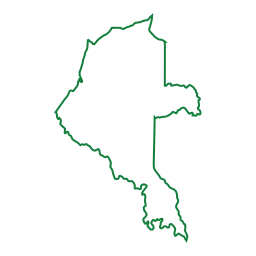 Vaupés, Equal Earth projection
{"feature_id": "COL-1426", "entity_name": "Vaupés", "entity_type": "Commissiary", "adm_level": 1, "iso_a3": "COL", "parent_name": "Colombia", "parent_adm1": "", "projection": "equal_earth", "projection_center": [-70.34, 0.431], "detail": "fine", "context": "isolated", "style": "outline", "palette": "green", "viewbox_px": 256, "rotation_deg": 0, "n_neighbors": 0, "source": "natural_earth", "source_scale": "10m", "svg_char_len": 5819}
<svg xmlns="http://www.w3.org/2000/svg" viewBox="0 0 256 256"><path d="M165.3,41.9L164.6,41.9L164.9,44.5L164.8,85.6L165.9,85.8L168.0,83.9L169.3,83.5L169.9,83.5L170.5,83.7L171.0,84.0L171.1,85.5L171.6,85.7L176.4,84.7L177.6,84.8L179.7,85.8L180.2,85.9L181.9,85.8L183.5,85.5L184.0,85.6L184.4,85.9L184.6,86.2L184.8,86.5L185.0,86.8L186.0,87.6L186.5,87.7L188.9,85.4L189.7,85.1L190.5,85.3L193.0,87.0L193.7,87.7L194.5,89.1L195.4,89.9L195.8,90.4L195.9,91.0L196.0,91.8L196.1,92.5L197.2,93.4L196.9,95.8L197.7,96.9L198.9,97.5L199.5,98.0L199.8,98.5L199.8,99.4L199.4,99.8L198.9,99.9L198.6,100.1L198.5,101.5L199.0,104.5L199.0,106.1L198.7,106.8L198.2,107.3L197.8,107.9L198.0,108.8L198.4,109.3L199.4,110.0L199.8,110.5L200.4,112.0L200.5,113.2L200.2,114.1L199.3,114.5L198.8,114.4L197.9,113.9L197.4,113.9L197.0,114.3L196.5,115.3L196.1,115.6L195.3,115.7L193.5,115.3L192.6,115.4L192.8,113.5L192.3,112.8L191.4,112.8L190.3,113.2L189.3,113.8L189.0,113.6L185.4,108.8L184.5,108.0L183.5,107.6L182.2,107.8L181.2,108.4L179.6,109.8L178.7,110.0L177.7,110.6L177.2,112.0L176.4,113.2L174.8,112.7L173.4,111.9L172.7,112.0L170.7,114.0L169.0,115.2L167.1,116.1L165.1,116.7L161.6,117.0L160.7,117.3L159.7,117.6L158.5,117.2L157.4,117.3L156.3,117.9L155.4,118.3L154.7,117.4L153.8,160.4L153.7,165.5L154.0,167.9L154.5,169.3L156.5,172.3L159.0,175.4L160.2,177.7L160.7,178.3L161.6,178.8L163.6,179.4L164.5,180.1L164.8,180.7L165.3,182.2L165.6,182.9L166.1,183.4L167.3,184.1L167.8,184.6L169.3,186.8L170.1,187.6L174.1,189.6L174.9,190.2L175.8,191.2L176.4,192.4L176.8,193.8L177.0,195.3L177.1,197.3L177.2,198.0L177.4,198.6L177.8,199.1L178.0,199.7L178.2,200.5L177.9,202.1L176.3,205.3L176.0,206.5L176.5,208.1L178.4,211.0L178.8,211.9L178.6,213.7L178.7,214.3L179.2,215.3L179.5,215.7L179.9,215.9L180.2,216.3L180.5,217.0L180.6,217.8L180.5,218.5L180.4,219.1L180.8,220.1L181.2,220.5L182.3,221.1L182.7,221.5L183.8,223.7L184.1,224.0L184.6,224.1L184.9,224.3L185.1,224.6L185.3,225.1L185.1,225.2L185.4,227.8L185.3,228.5L185.0,229.9L185.0,230.7L186.9,234.8L187.4,236.8L186.3,240.6L184.7,238.0L184.4,237.1L184.1,236.6L183.6,236.3L183.4,236.2L182.7,236.1L179.2,233.8L178.4,233.6L175.8,235.7L175.3,235.8L174.9,235.3L174.5,234.1L174.4,232.8L174.6,231.6L175.0,230.6L175.2,229.4L174.9,228.2L174.3,227.2L172.3,224.7L171.6,224.2L170.8,224.0L170.0,224.3L169.6,225.0L169.2,226.8L168.7,227.5L167.6,227.5L165.4,226.2L164.1,226.3L163.4,226.9L162.6,227.7L161.8,228.3L160.8,228.2L160.0,227.4L160.0,226.5L160.7,224.4L160.7,223.9L160.7,223.0L160.8,222.6L161.1,222.1L161.7,221.4L161.9,221.1L162.3,220.2L162.5,219.4L162.2,218.8L161.1,218.9L160.3,219.3L159.6,219.9L158.8,220.2L157.3,219.1L156.8,219.6L156.3,220.4L155.7,220.9L155.4,220.9L155.2,220.9L154.8,220.7L153.8,220.0L153.2,220.0L152.4,220.6L151.2,222.8L151.9,224.3L153.2,225.7L153.7,227.5L153.3,228.7L152.4,229.5L151.4,229.7L150.4,229.3L148.0,226.7L147.6,226.1L147.6,225.2L148.3,223.4L148.4,222.4L148.1,221.5L147.4,221.9L146.2,223.5L145.2,223.7L144.4,222.7L143.7,221.3L143.4,220.0L143.5,218.9L144.1,218.1L145.6,216.8L146.7,214.5L145.7,212.4L144.1,210.2L143.7,207.8L144.2,206.9L145.0,206.3L145.6,205.6L145.7,204.6L145.2,202.5L145.0,201.4L145.0,200.2L145.3,197.6L145.3,196.2L145.1,195.1L144.3,194.2L143.5,194.3L142.7,194.6L142.2,194.6L142.1,193.1L143.1,191.2L146.3,187.2L146.7,186.4L146.5,185.6L145.4,184.8L144.3,184.4L143.3,184.4L142.4,184.7L141.4,185.5L140.9,186.3L141.0,188.1L140.6,188.9L139.7,189.1L137.1,188.3L134.9,188.5L134.7,187.9L134.8,186.8L134.8,185.7L134.5,184.5L133.9,183.2L133.1,182.1L132.3,181.3L131.5,181.1L129.0,181.3L128.2,180.9L127.2,179.3L126.5,178.7L126.0,178.7L124.8,179.0L124.3,178.9L123.7,178.6L122.3,177.0L121.4,176.4L120.3,175.9L119.3,176.0L118.8,177.2L118.6,178.2L118.0,178.8L117.2,179.0L115.4,178.9L114.9,178.7L114.7,178.1L113.4,174.6L112.3,170.1L110.4,166.9L110.3,166.1L110.6,165.3L110.8,164.1L110.8,162.9L110.6,161.8L110.2,160.8L108.7,157.9L108.1,157.0L107.5,156.5L106.8,156.5L105.8,157.1L105.2,157.2L104.3,156.9L102.4,155.6L101.4,155.2L100.3,154.5L99.8,153.4L99.4,150.6L98.6,149.2L97.6,149.3L95.5,150.5L94.7,150.6L93.9,150.4L93.1,150.1L92.3,149.6L89.6,146.1L87.9,145.3L86.7,144.3L86.2,144.1L84.6,144.7L84.1,144.8L83.6,144.7L82.8,144.3L82.3,144.3L81.5,144.6L80.9,145.0L80.3,145.1L77.8,142.8L72.8,139.6L72.2,138.7L71.2,136.3L70.6,135.7L69.4,135.2L68.8,134.3L68.5,133.1L67.9,131.9L67.2,131.7L65.6,133.1L64.9,133.1L64.6,132.2L64.8,131.1L65.0,129.9L65.1,128.9L64.0,127.6L62.0,126.0L60.4,124.2L60.4,122.7L60.9,121.7L60.9,120.7L60.6,119.6L60.1,118.7L59.2,117.9L58.8,118.2L58.7,118.8L58.3,119.0L57.5,118.2L57.1,117.0L56.8,114.3L56.3,112.8L55.5,112.3L64.9,99.0L66.4,97.4L67.9,95.2L68.3,94.3L68.7,93.1L69.4,91.5L70.1,90.8L71.0,90.5L71.8,90.7L72.5,91.0L73.0,91.1L73.6,90.8L75.8,87.7L76.8,86.7L77.3,85.7L77.9,84.1L78.0,83.4L77.9,82.7L78.0,82.0L78.2,81.4L78.5,81.1L79.3,81.2L79.4,80.8L79.3,80.1L79.3,79.1L79.6,78.8L80.0,78.7L80.2,79.0L80.3,79.5L80.4,80.4L80.5,81.1L80.9,81.8L81.5,82.1L82.0,81.8L82.2,81.2L81.9,80.4L81.5,79.6L81.1,78.7L80.5,77.3L80.3,76.7L79.6,75.0L79.7,74.1L79.6,72.6L79.7,71.9L79.7,71.3L80.2,70.8L82.5,63.4L82.9,61.5L83.1,59.8L83.7,58.3L84.8,55.0L85.2,52.7L85.6,51.6L87.0,49.2L87.3,47.8L87.5,45.9L87.8,40.2L88.5,40.0L90.0,41.5L91.7,42.3L92.7,43.8L93.2,44.0L94.1,44.2L95.0,43.4L96.0,42.3L96.9,41.0L99.3,38.6L103.4,35.7L106.0,34.4L107.7,33.2L108.9,32.1L111.0,29.4L111.7,27.9L112.1,27.7L112.5,27.7L112.9,27.9L117.5,27.7L119.4,27.9L120.1,27.7L120.6,28.0L121.2,28.2L121.7,28.6L122.2,28.8L122.9,28.9L123.7,28.8L124.6,28.6L126.1,27.5L129.4,26.5L130.5,25.9L132.4,25.4L133.0,25.0L133.5,24.5L134.3,23.6L135.1,23.0L137.1,22.6L138.0,22.6L138.5,22.3L139.4,22.3L140.4,22.1L142.1,21.3L144.4,20.6L147.3,20.1L148.1,19.5L148.8,18.9L149.9,17.4L152.1,15.4L151.9,18.2L151.4,21.7L149.3,28.8L149.2,29.9L149.5,31.0L154.9,36.9L157.4,38.7L158.9,39.4L161.3,39.7L163.5,40.6L165.1,41.7L165.3,41.9Z" fill="none" stroke="#15803d" stroke-width="2"/></svg>